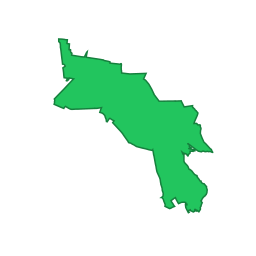 Frecatei, Tulcea, Romania (Robinson projection), rotated 202°
{"feature_id": "2599482B40315374043911", "entity_name": "Frecatei", "entity_type": "district", "adm_level": 2, "iso_a3": "ROU", "parent_name": "Romania", "parent_adm1": "Tulcea", "projection": "robinson", "projection_center": [28.616, 45.13], "detail": "fine", "context": "isolated", "style": "filled", "palette": "green", "viewbox_px": 256, "rotation_deg": 202, "n_neighbors": 0, "source": "geoboundaries", "source_scale": "gbopen_adm2", "svg_char_len": 5549}
<svg xmlns="http://www.w3.org/2000/svg" viewBox="0 0 256 256"><g transform="rotate(202 128 128)"><path d="M152.8,129.1L151.7,128.1L150.4,125.9L150.0,126.0L149.6,126.0L149.3,127.7L148.9,129.4L148.4,130.2L146.2,129.7L143.6,129.4L144.2,127.2L133.8,122.3L130.6,120.6L130.2,120.2L124.6,116.6L122.8,115.5L122.8,115.4L122.0,114.7L121.8,114.7L121.1,114.7L120.5,115.0L119.1,114.9L117.9,114.6L116.6,114.6L113.2,114.0L107.6,114.7L103.3,115.4L100.3,115.7L98.3,116.1L97.0,116.3L96.9,116.8L96.7,116.4L96.2,116.2L94.1,112.6L93.2,111.7L93.2,111.4L92.9,111.0L89.0,104.8L87.6,102.8L86.5,100.9L85.2,98.9L84.3,97.8L80.1,93.8L79.4,93.0L78.8,92.2L77.5,89.9L76.5,88.4L76.5,88.2L73.9,85.1L72.7,82.7L72.3,82.3L72.2,82.3L71.1,80.9L70.7,80.3L70.6,79.6L70.3,79.2L70.2,78.8L70.1,77.9L70.2,77.7L70.6,76.6L71.0,76.0L70.3,76.2L70.1,76.1L69.2,75.6L68.5,75.0L67.2,73.4L66.3,72.5L65.8,71.9L65.1,71.2L64.7,70.6L64.4,69.2L59.5,68.9L59.1,68.9L58.5,69.5L58.4,69.6L57.7,70.3L57.3,71.0L56.8,71.5L56.2,72.0L55.4,72.8L56.4,73.3L58.1,74.7L59.9,75.8L60.9,76.9L60.3,77.5L60.1,78.3L59.3,79.2L59.0,79.9L58.0,81.2L56.7,79.9L53.1,77.0L52.8,76.8L50.6,79.1L50.0,79.4L48.1,80.3L46.6,80.5L46.2,79.1L45.1,79.6L44.6,78.9L45.9,78.2L45.2,76.9L44.6,75.9L43.8,75.1L42.3,73.8L40.3,72.1L39.7,72.8L41.3,73.9L39.7,75.4L39.6,75.1L39.1,74.8L38.5,74.7L38.2,74.8L36.1,74.6L35.9,74.7L35.9,74.8L35.9,75.0L35.7,75.0L35.0,75.7L34.5,76.5L35.0,76.9L35.4,76.9L35.5,77.1L35.3,77.3L35.4,77.5L35.1,77.6L34.9,77.8L34.5,77.7L34.0,77.4L33.9,77.0L33.7,76.8L33.2,76.7L33.2,76.9L33.1,77.0L33.1,77.3L33.0,77.5L32.3,77.2L31.1,77.0L30.9,76.9L30.4,79.6L30.5,80.0L30.6,80.3L31.2,81.2L31.1,82.5L31.0,82.9L31.2,83.2L31.2,84.3L31.3,84.9L31.2,86.5L31.9,86.7L32.0,86.9L32.2,87.3L32.8,87.5L33.1,87.8L32.9,88.2L32.7,88.6L32.8,89.6L32.5,90.4L32.4,91.6L31.9,92.5L31.7,93.2L31.2,93.7L31.0,94.8L30.9,95.1L30.6,95.4L30.6,97.5L31.2,99.5L31.3,100.1L31.6,100.6L32.8,102.0L33.0,102.3L33.1,102.9L33.4,103.3L34.1,103.4L35.4,104.2L36.2,104.6L36.5,104.8L37.2,104.6L38.3,104.6L38.7,104.7L38.8,104.7L39.2,104.9L39.8,105.2L40.2,105.8L40.3,106.1L40.8,106.0L41.1,106.0L41.3,105.9L42.2,106.5L43.3,107.3L45.3,108.4L45.3,108.6L46.1,109.2L46.1,109.4L46.1,109.6L46.3,109.7L46.6,109.4L47.1,109.7L47.4,109.7L48.7,109.8L51.4,111.2L51.4,111.3L52.2,111.7L52.3,111.9L53.4,112.2L53.9,112.5L54.3,112.6L54.8,112.5L55.2,112.8L56.1,112.7L57.8,114.6L58.3,115.0L59.1,115.5L62.0,116.8L62.7,117.2L63.4,117.8L63.8,118.4L65.8,123.4L66.1,123.7L67.6,124.7L68.7,125.9L67.8,125.6L66.2,125.2L65.8,125.2L65.8,125.3L65.9,125.6L65.6,125.6L65.0,125.8L64.6,125.6L64.0,125.7L63.2,125.4L62.9,124.8L62.5,124.7L62.4,124.7L62.0,124.5L61.9,124.6L62.0,126.2L61.1,127.8L61.3,128.7L61.7,129.7L60.3,130.3L59.0,130.7L59.4,131.4L59.0,131.5L58.3,131.5L57.7,131.7L57.4,131.9L57.6,132.6L60.4,132.3L62.5,131.8L63.8,131.7L63.9,131.8L63.7,132.0L62.1,132.3L62.0,133.2L63.2,133.4L63.7,133.7L63.9,133.7L64.4,134.1L64.6,135.0L64.9,135.2L65.2,135.5L65.7,135.6L66.3,135.6L66.5,135.9L66.3,136.0L66.1,135.8L65.2,135.7L57.1,133.5L54.5,132.9L53.8,132.9L51.1,133.4L50.8,133.6L50.6,134.1L50.4,134.3L49.5,134.8L47.8,134.9L47.0,135.2L45.7,136.1L44.5,136.2L43.2,136.9L42.8,137.0L40.6,137.0L40.4,137.1L40.5,137.3L40.8,137.6L41.1,137.6L41.3,137.7L41.7,138.3L42.7,139.3L43.3,139.5L44.0,139.6L50.0,142.5L52.2,143.3L52.5,143.5L55.7,146.6L58.7,149.8L58.9,150.1L59.8,152.8L59.9,153.9L60.2,155.0L60.8,155.7L61.3,156.1L61.6,156.6L61.7,157.1L62.2,157.8L63.2,157.6L64.0,157.2L64.7,157.1L65.3,157.4L65.7,157.9L66.1,157.9L66.4,157.9L68.5,156.9L68.6,158.0L68.7,159.2L68.5,165.3L68.6,167.0L68.7,167.6L68.8,168.1L69.0,168.3L69.3,168.4L70.6,169.1L70.9,169.2L71.4,169.6L71.6,169.6L71.8,169.6L72.4,169.8L73.4,170.6L74.0,170.7L74.9,171.2L75.6,171.2L76.1,171.8L76.5,172.9L82.5,169.4L83.8,168.6L88.6,172.8L88.8,173.1L89.0,173.0L93.5,171.0L93.9,170.7L94.1,170.6L94.3,170.8L94.5,170.7L95.5,170.2L102.0,167.5L106.7,165.5L109.2,164.5L116.7,169.0L116.7,169.3L117.2,169.7L120.3,172.6L122.9,174.7L125.2,176.5L129.5,178.8L130.1,179.0L131.9,179.2L131.7,185.4L146.5,178.8L154.5,176.6L155.5,178.7L156.3,179.9L156.6,180.7L156.7,181.1L157.1,181.7L157.3,182.6L157.8,184.2L158.2,184.9L158.4,185.1L158.5,185.1L158.8,184.9L159.1,184.2L161.7,183.5L169.0,181.4L169.4,182.5L169.5,182.6L171.4,182.4L175.5,181.6L176.1,181.9L179.9,181.1L193.3,177.9L194.4,183.4L194.7,182.7L194.9,179.4L195.1,177.4L196.7,177.0L197.0,176.8L207.5,174.4L208.0,176.3L208.6,176.6L209.2,176.5L210.5,178.3L210.7,178.7L210.5,178.9L210.6,179.0L211.0,179.0L211.6,178.7L212.0,178.6L212.8,180.9L213.4,182.8L213.8,184.0L215.9,183.5L216.2,183.5L216.4,184.0L217.3,187.1L218.1,186.8L219.3,186.4L219.8,186.4L222.4,185.7L225.6,184.6L224.8,182.7L224.5,182.1L224.1,182.0L222.8,181.4L221.6,179.3L220.9,177.5L219.9,176.0L218.8,174.0L216.9,170.5L214.8,166.7L214.2,165.7L214.0,165.3L212.6,162.7L212.0,162.9L211.4,163.0L210.9,162.9L209.8,162.3L209.4,161.6L209.7,161.2L210.3,160.3L210.9,159.5L210.6,158.8L210.3,158.5L208.3,154.9L207.5,153.2L207.1,152.5L206.1,150.7L202.6,151.5L202.9,148.8L202.2,148.8L202.1,149.6L201.9,150.3L201.3,150.2L201.2,150.5L201.1,151.7L201.2,152.4L196.8,153.2L197.1,152.5L199.4,146.7L202.4,139.0L203.9,135.4L207.2,127.3L206.6,126.7L206.2,126.0L206.1,125.6L206.1,125.1L205.6,124.0L205.5,123.3L205.4,122.3L198.3,122.1L197.6,122.1L197.3,122.1L194.9,122.1L194.9,122.3L194.4,124.0L194.1,124.6L191.8,124.3L190.8,124.1L188.7,123.9L187.5,124.1L186.5,124.5L183.6,125.9L181.4,126.8L166.2,133.7L166.1,133.9L165.9,133.8L164.1,134.6L160.2,137.0L160.2,134.6L160.0,131.9L158.5,132.1L157.5,132.1L156.7,132.0L155.9,131.7L154.2,130.9L152.8,129.1Z" fill="#22c55e" stroke="#15803d" stroke-width="1.5"/></g></svg>